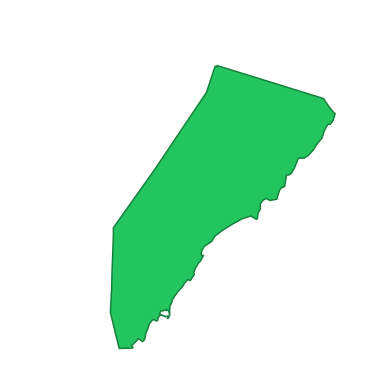 outline of Al Hawak, Al Hudaydah, Yemen, rotated 227°
{"feature_id": "15242507B19229428361360", "entity_name": "Al Hawak", "entity_type": "district", "adm_level": 2, "iso_a3": "YEM", "parent_name": "Yemen", "parent_adm1": "Al Hudaydah", "projection": "robinson", "projection_center": [42.952, 14.752], "detail": "fine", "context": "isolated", "style": "filled", "palette": "green", "viewbox_px": 384, "rotation_deg": 227, "n_neighbors": 0, "source": "geoboundaries", "source_scale": "gbopen_adm2", "svg_char_len": 3184}
<svg xmlns="http://www.w3.org/2000/svg" viewBox="0 0 384 384"><g transform="rotate(227 192 192)"><path d="M268.2,294.6L255.0,270.6L236.5,191.3L234.2,181.4L219.9,112.2L219.5,110.2L214.1,105.1L208.5,99.5L202.4,93.4L201.8,92.8L201.6,92.6L187.3,78.2L186.8,77.8L182.3,73.3L177.7,68.8L176.1,67.4L172.5,63.4L171.2,62.1L170.5,61.4L166.5,57.3L166.2,57.1L164.3,55.0L159.5,50.1L153.0,46.5L152.6,46.2L151.8,45.8L147.8,43.5L145.0,42.0L143.2,40.9L142.8,40.7L140.2,39.2L137.0,37.5L134.5,36.1L133.2,35.4L131.1,34.2L130.4,33.8L127.3,32.1L126.6,32.8L126.2,33.2L125.9,33.6L125.4,34.2L124.9,34.7L124.7,34.9L124.6,35.0L124.1,35.6L123.8,35.9L123.7,36.1L123.4,36.4L122.8,37.1L122.4,37.6L121.3,38.7L120.9,39.1L120.7,39.4L120.0,40.2L119.7,40.6L119.5,40.8L118.8,41.9L118.4,42.2L118.3,42.5L119.0,42.9L120.3,43.0L120.9,43.1L120.9,43.7L120.8,44.6L120.8,46.1L120.8,46.4L120.9,46.7L120.9,48.3L121.0,49.3L121.0,49.7L121.1,50.8L121.2,51.4L121.3,51.7L121.6,52.6L120.7,52.8L120.3,53.0L120.0,53.0L119.5,53.2L118.7,53.3L116.4,53.9L116.3,54.5L116.2,55.2L116.2,55.4L116.3,56.0L116.5,56.7L116.7,57.1L117.3,58.1L117.5,58.3L117.8,58.7L118.3,59.4L118.6,59.7L118.7,59.9L119.0,60.4L119.7,61.3L120.4,62.4L120.9,63.6L121.3,64.6L121.5,65.0L121.6,65.4L121.9,65.9L122.1,66.3L122.7,67.5L122.9,67.8L123.6,68.8L123.8,69.2L124.0,69.8L124.2,70.0L124.4,70.6L124.5,71.1L124.7,71.5L124.8,72.3L124.8,72.6L125.0,73.1L125.2,74.7L125.3,75.1L125.1,76.4L124.4,77.3L123.8,77.5L123.1,77.5L122.9,77.5L121.9,78.2L121.5,78.9L121.4,79.1L121.7,79.5L122.6,80.8L123.0,81.5L123.3,82.4L123.4,82.7L123.4,83.0L123.5,83.6L123.4,83.9L123.5,84.4L123.6,84.9L123.4,85.3L123.1,85.5L122.1,86.0L120.3,86.9L118.6,87.7L118.5,88.0L117.9,89.2L118.0,89.3L118.7,88.0L118.8,87.8L119.0,87.8L120.0,87.3L122.4,86.1L123.8,85.4L124.6,84.9L125.0,85.1L125.0,85.3L125.9,87.2L126.2,87.7L126.3,88.0L126.0,88.2L125.6,88.8L125.1,89.4L124.5,90.4L124.5,90.5L124.5,90.9L124.4,91.1L124.6,91.3L124.3,91.5L122.8,92.4L123.1,93.1L122.2,93.4L121.0,93.9L118.7,92.6L118.1,92.4L117.8,92.2L117.6,92.0L117.5,91.8L117.4,91.5L117.1,90.9L117.1,90.6L116.9,90.4L116.6,90.2L116.5,89.7L116.3,89.0L116.4,88.6L116.3,88.0L115.9,88.3L115.8,88.7L117.5,92.2L120.1,94.2L120.4,94.8L123.9,98.3L124.5,100.1L124.3,100.4L124.5,101.0L126.1,103.3L127.0,105.6L127.9,109.4L128.1,111.4L128.8,113.4L129.2,119.6L129.6,121.8L130.5,124.6L130.5,126.5L131.1,128.9L128.4,130.3L130.1,137.6L131.9,138.2L134.0,142.8L135.6,148.4L135.6,149.8L135.8,151.1L137.7,157.0L139.4,155.7L141.2,157.3L142.6,160.0L143.8,163.3L143.3,167.4L142.4,172.4L144.1,179.0L143.3,187.4L140.9,199.8L138.1,210.7L136.9,213.2L134.3,218.7L128.0,220.4L128.0,221.8L131.6,225.9L132.8,230.4L136.7,233.8L137.6,238.3L136.4,242.1L132.8,243.1L128.9,249.0L133.4,256.9L134.3,259.6L132.8,263.4L135.2,266.5L137.3,269.3L140.0,272.7L138.2,274.8L137.9,277.5L139.7,283.3L144.2,293.0L140.3,297.1L139.4,301.9L139.7,305.7L140.0,309.8L141.5,314.6L142.4,319.8L142.7,323.6L144.5,327.0L146.3,330.1L148.4,335.6L148.6,337.7L147.2,339.1L148.1,344.1L151.7,350.1L151.9,350.1L151.7,349.7L161.2,350.4L166.4,351.2L170.6,351.9L177.8,347.9L180.3,346.4L196.3,337.3L197.9,336.3L200.2,335.0L227.5,319.4L267.3,296.6L266.5,295.6L268.2,294.6Z" fill="#22c55e" stroke="#15803d" stroke-width="1.5"/></g></svg>